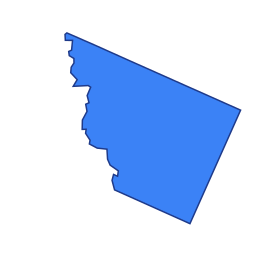 the district of Loving, Texas, United States of America, rotated 24°
{"feature_id": "52423323B28459712837049", "entity_name": "Loving", "entity_type": "district", "adm_level": 2, "iso_a3": "USA", "parent_name": "United States of America", "parent_adm1": "Texas", "projection": "natural_earth1", "projection_center": [-103.775, 31.826], "detail": "fine", "context": "isolated", "style": "filled", "palette": "blue", "viewbox_px": 256, "rotation_deg": 24, "n_neighbors": 0, "source": "geoboundaries", "source_scale": "gbopen_adm2", "svg_char_len": 609}
<svg xmlns="http://www.w3.org/2000/svg" viewBox="0 0 256 256"><g transform="rotate(24 128 128)"><path d="M223.6,65.9L108.3,65.9L100.9,65.9L63.9,65.8L33.5,66.0L32.4,68.1L35.1,73.4L41.7,70.5L44.8,79.8L42.7,82.2L44.9,85.8L50.3,86.5L52.2,90.6L51.4,95.6L53.2,100.8L61.9,104.5L61.0,112.2L74.4,105.4L77.3,105.9L77.5,115.0L82.1,120.8L79.7,123.5L83.8,129.5L83.1,139.3L86.7,147.9L90.3,146.2L91.4,150.1L98.3,154.6L99.2,158.3L108.0,158.9L117.4,155.9L122.0,164.8L126.8,169.2L136.6,171.1L138.1,176.3L133.7,176.3L134.7,182.3L140.9,190.0L223.5,190.2L223.6,65.9Z" fill="#3b82f6" stroke="#1e3a8a" stroke-width="1.5"/></g></svg>